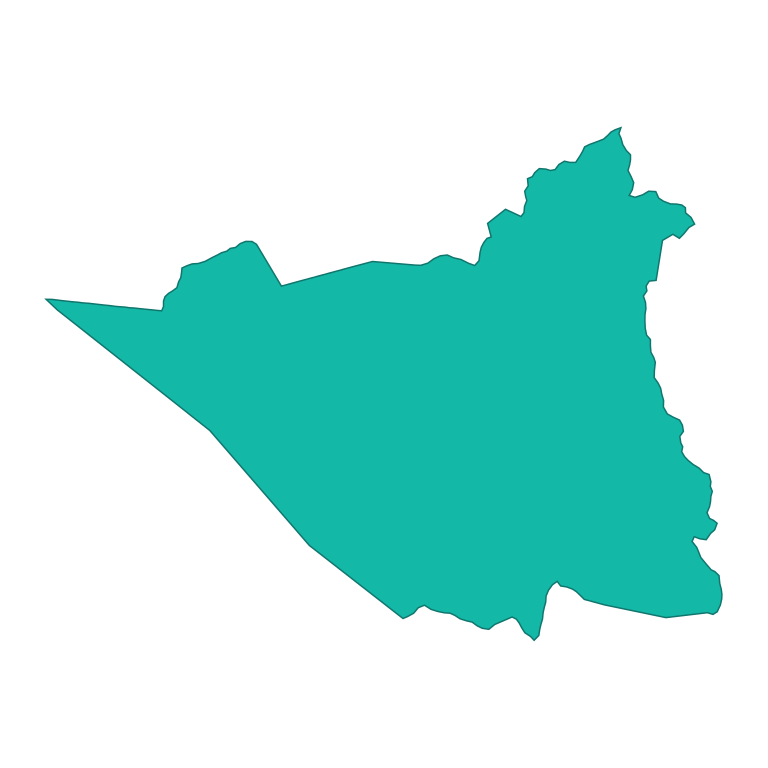 outline of Santa Brígida, Bahia, Brazil
{"feature_id": "56859067B14033654686733", "entity_name": "Santa Brígida", "entity_type": "district", "adm_level": 2, "iso_a3": "BRA", "parent_name": "Brazil", "parent_adm1": "Bahia", "projection": "albers", "projection_center": [-38.139, -9.755], "detail": "fine", "context": "isolated", "style": "filled", "palette": "teal", "viewbox_px": 768, "rotation_deg": 0, "n_neighbors": 0, "source": "geoboundaries", "source_scale": "gbopen_adm2", "svg_char_len": 3072}
<svg xmlns="http://www.w3.org/2000/svg" viewBox="0 0 768 768"><path d="M620.9,127.7L615.1,129.8L610.9,132.1L607.9,135.3L603.5,139.2L595.4,142.3L589.4,144.5L584.6,146.9L582.7,151.2L580.1,155.7L575.7,162.4L569.8,162.4L564.4,161.2L558.9,164.5L555.1,169.6L550.4,170.5L545.9,169.1L539.3,168.6L534.7,172.7L532.3,176.7L527.5,178.7L528.2,185.9L524.7,191.2L525.6,196.2L526.8,200.5L524.5,206.5L524.0,212.6L521.0,216.5L505.5,209.3L487.6,223.4L491.2,237.0L487.0,238.4L483.8,242.5L481.3,247.3L480.1,252.2L479.0,260.7L474.7,265.5L468.6,263.3L461.0,259.5L453.5,257.8L447.3,255.0L440.3,255.8L433.8,258.8L427.8,263.2L420.7,265.3L415.0,265.1L372.5,261.5L368.0,262.7L350.6,267.3L323.4,274.7L296.1,282.1L281.4,286.1L256.5,244.3L252.0,241.5L245.7,241.4L240.2,243.6L235.5,247.5L230.3,248.4L226.7,251.2L221.6,252.7L217.4,255.0L211.9,257.7L205.3,261.3L198.3,263.5L192.1,263.9L187.1,265.7L182.0,268.0L181.5,272.9L180.8,277.6L178.6,281.9L176.9,287.7L172.4,291.0L168.5,293.4L165.0,296.7L163.5,301.1L163.5,306.5L161.7,310.8L157.0,310.4L152.5,309.9L147.3,309.4L140.2,308.7L134.0,308.0L129.6,307.8L125.1,307.1L120.6,306.8L115.8,306.4L109.8,305.6L103.7,305.0L96.6,304.2L88.8,303.3L82.9,302.9L78.6,302.3L72.6,301.8L66.4,301.1L61.7,300.6L57.0,300.0L52.1,299.4L46.1,299.3L57.4,310.0L74.4,323.4L170.2,399.1L209.8,430.5L309.4,545.5L403.0,618.5L407.5,616.6L413.7,613.2L418.3,607.7L424.5,605.2L431.1,609.4L437.9,611.5L444.3,612.8L450.1,613.2L454.9,615.4L460.1,618.8L466.4,620.8L472.1,622.1L477.3,625.9L482.3,628.3L488.9,629.3L494.7,624.5L512.1,617.0L516.4,619.2L519.3,623.2L521.9,628.1L524.9,632.8L530.6,636.5L534.1,640.3L538.8,635.5L539.8,629.0L540.9,624.5L542.5,619.0L543.1,612.7L544.3,607.3L545.7,602.2L546.1,596.0L548.5,590.2L552.5,584.7L557.2,581.4L560.7,586.0L566.6,586.9L572.5,589.1L576.3,591.6L580.6,595.7L584.3,599.4L604.6,604.9L665.9,617.6L707.4,612.7L713.0,614.4L717.2,611.8L720.4,604.9L721.7,599.0L721.9,594.4L721.3,589.5L719.8,583.7L719.0,575.6L714.9,571.6L711.1,569.8L705.9,563.7L700.8,557.5L698.9,552.7L696.8,547.5L692.1,541.5L694.2,536.7L699.9,538.8L706.2,539.7L710.6,533.4L714.7,529.8L717.1,523.3L713.6,520.4L709.6,518.5L707.0,512.7L709.5,506.8L710.5,501.8L710.9,496.3L712.3,491.4L710.3,486.4L710.9,481.8L709.1,474.5L703.6,472.6L699.2,468.2L693.0,464.4L688.1,460.4L684.5,456.6L681.7,451.7L682.7,446.8L680.8,442.9L679.8,436.4L683.4,431.4L682.4,425.2L679.6,420.1L672.8,417.0L667.3,413.9L663.4,407.0L663.6,400.5L661.7,393.8L660.7,388.3L658.1,383.1L654.2,377.6L654.4,370.6L655.3,362.3L653.7,357.4L650.9,352.2L650.4,345.7L650.4,339.5L646.6,335.2L645.2,328.1L644.9,320.8L645.0,314.4L645.9,308.7L645.5,302.4L643.4,296.0L646.9,290.9L646.1,286.1L649.2,281.1L656.1,280.4L662.5,240.4L672.9,234.3L679.4,238.3L683.9,233.7L688.9,227.5L694.6,224.1L691.0,217.4L685.6,212.9L685.4,207.7L681.8,205.0L676.7,204.1L670.4,203.9L663.4,201.2L658.7,198.1L655.8,191.6L648.7,191.2L642.4,194.9L635.1,197.3L629.2,195.5L632.3,189.7L633.7,182.7L631.1,176.6L628.0,170.5L629.7,164.5L630.5,159.8L630.5,154.8L626.4,150.6L622.8,144.7L621.0,138.2L618.9,133.7L620.9,127.7Z" fill="#14b8a6" stroke="#0f766e" stroke-width="1.5"/></svg>